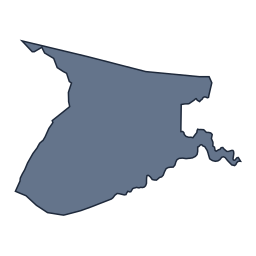 Santa Cruz Acatepec, Oaxaca, Mexico
{"feature_id": "50627088B90412613448643", "entity_name": "Santa Cruz Acatepec", "entity_type": "district", "adm_level": 2, "iso_a3": "MEX", "parent_name": "Mexico", "parent_adm1": "Oaxaca", "projection": "equal_earth", "projection_center": [-96.874, 18.158], "detail": "fine", "context": "isolated", "style": "filled", "palette": "slate", "viewbox_px": 256, "rotation_deg": 0, "n_neighbors": 0, "source": "geoboundaries", "source_scale": "gbopen_adm2", "svg_char_len": 2911}
<svg xmlns="http://www.w3.org/2000/svg" viewBox="0 0 256 256"><path d="M15.4,191.3L21.6,193.9L26.0,195.7L27.3,196.9L36.4,205.3L39.0,207.0L47.5,212.6L52.0,213.3L60.6,214.7L63.6,215.1L65.0,214.8L70.0,213.5L78.4,211.3L80.9,210.6L90.3,207.2L93.5,206.0L98.8,203.9L105.0,201.5L111.4,199.0L113.1,197.6L114.8,195.3L117.1,193.5L119.2,193.7L121.3,194.2L124.3,194.9L126.0,194.6L126.8,192.8L127.9,191.3L128.7,191.6L129.7,191.9L130.8,191.7L131.7,190.3L132.6,188.7L133.9,188.1L135.3,187.8L136.4,187.4L139.0,187.9L140.9,187.3L141.8,187.5L142.7,187.5L144.3,187.0L145.6,185.7L146.5,183.3L146.5,180.6L146.6,177.7L147.0,175.6L148.1,175.3L149.2,175.9L150.5,177.1L152.2,179.5L154.2,180.0L156.5,180.1L158.4,178.5L159.6,177.4L161.6,176.9L163.2,175.2L164.5,171.8L166.1,168.7L168.0,167.6L170.4,167.2L173.2,167.1L174.9,165.1L175.9,161.8L177.0,159.7L179.1,158.4L180.3,158.3L182.3,158.1L183.2,158.2L185.9,158.6L186.5,158.6L189.0,158.3L189.6,158.3L191.5,158.0L192.4,157.9L195.4,156.4L196.0,155.7L197.0,154.6L197.1,154.4L197.6,151.9L197.7,151.3L197.7,147.0L198.4,146.8L199.3,146.1L199.9,145.4L200.4,144.9L201.5,144.7L202.3,145.2L202.7,145.8L204.8,146.7L206.8,149.9L207.2,150.5L208.2,153.6L208.4,154.5L209.7,158.8L210.7,159.5L211.5,160.0L212.5,160.6L215.0,161.2L215.2,161.3L217.9,160.9L218.2,160.7L219.9,159.6L220.5,158.8L221.7,157.3L222.9,156.9L223.3,156.7L225.2,157.6L225.6,158.1L227.4,160.4L229.6,162.7L231.2,164.3L231.7,164.9L233.5,165.3L234.6,165.6L235.9,164.5L236.7,162.8L237.8,161.6L239.1,161.2L240.6,161.3L238.3,157.5L237.0,157.7L234.8,160.2L233.9,160.2L233.3,159.8L233.0,158.8L233.6,155.1L233.8,153.6L233.7,152.3L233.5,151.2L232.8,150.4L231.7,150.4L228.5,151.4L226.8,151.4L223.9,148.9L222.8,147.5L221.6,147.6L220.7,148.1L220.0,149.4L218.6,149.7L216.2,151.2L215.1,150.5L214.5,147.2L212.8,145.9L213.0,143.5L212.9,142.1L211.4,138.6L212.1,135.2L212.2,134.5L211.2,133.3L210.3,132.8L208.4,132.4L206.4,132.4L203.7,129.7L200.7,129.5L199.1,129.6L197.7,129.2L197.1,130.5L196.8,132.6L195.1,134.7L192.9,137.7L191.0,137.2L188.7,137.3L186.0,136.4L184.3,134.5L183.9,132.7L182.7,131.5L180.9,131.6L180.9,127.4L181.2,106.8L181.2,104.5L184.8,103.9L188.6,103.8L189.6,103.3L190.1,102.9L192.0,101.6L193.9,100.3L195.7,98.7L196.3,98.7L197.3,100.3L198.3,100.8L198.9,101.2L199.6,101.6L200.9,100.1L201.7,99.6L202.0,99.4L203.2,97.5L204.5,96.9L205.9,97.1L207.3,97.8L208.5,97.4L209.0,94.8L209.4,93.1L211.8,82.8L209.4,77.4L209.1,76.7L202.6,76.7L199.6,76.7L145.8,71.6L118.5,64.6L112.0,62.9L87.1,56.5L22.0,40.9L32.2,51.7L34.3,51.7L41.8,47.3L44.6,53.0L53.7,58.4L57.2,67.6L63.2,71.5L66.6,73.3L69.3,81.5L71.5,83.0L68.4,92.4L68.6,99.8L68.6,101.5L69.4,105.1L69.7,106.6L65.4,110.1L52.2,120.6L52.9,122.5L52.5,123.2L48.9,128.4L46.6,133.5L45.2,136.7L44.8,137.4L42.9,140.6L42.3,140.9L39.7,143.2L37.6,146.9L37.4,147.5L37.1,147.9L36.6,148.6L33.0,153.4L27.6,162.9L24.7,169.8L22.4,173.8L20.3,178.1L20.0,181.1L15.4,191.3Z" fill="#64748b" stroke="#1e293b" stroke-width="1.5"/></svg>